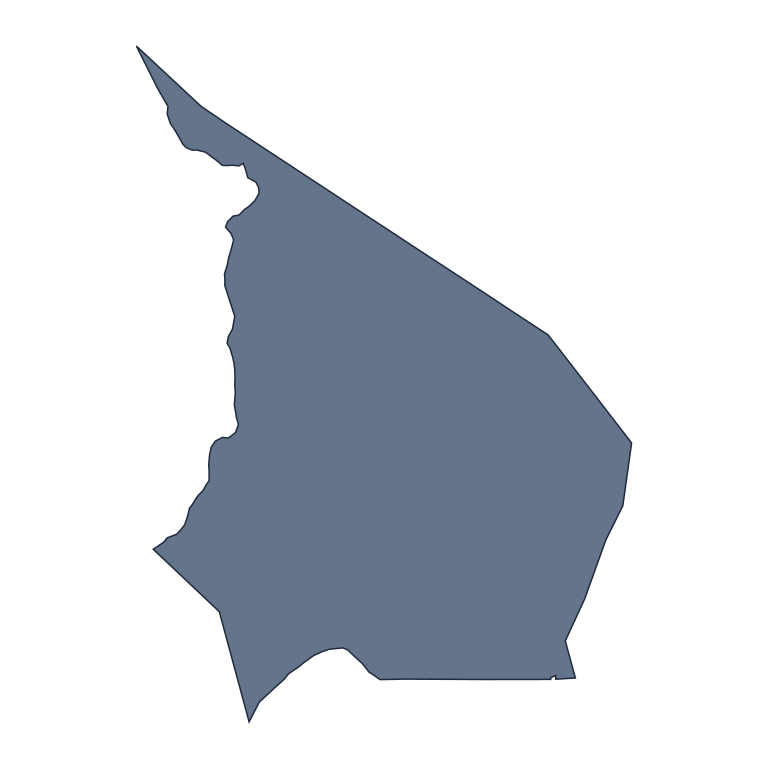 Santo Domingo Tonaltepec, Oaxaca, Mexico (Mercator projection)
{"feature_id": "50627088B70552877452577", "entity_name": "Santo Domingo Tonaltepec", "entity_type": "district", "adm_level": 2, "iso_a3": "MEX", "parent_name": "Mexico", "parent_adm1": "Oaxaca", "projection": "mercator", "projection_center": [-97.366, 17.615], "detail": "fine", "context": "isolated", "style": "filled", "palette": "slate", "viewbox_px": 768, "rotation_deg": 0, "n_neighbors": 0, "source": "geoboundaries", "source_scale": "gbopen_adm2", "svg_char_len": 1641}
<svg xmlns="http://www.w3.org/2000/svg" viewBox="0 0 768 768"><path d="M631.6,443.0L597.1,398.2L560.6,351.0L548.1,334.9L519.1,315.9L482.2,291.5L404.5,240.6L225.3,122.8L201.3,106.5L150.4,59.1L136.4,46.1L157.8,88.8L168.0,106.5L167.2,113.9L168.7,118.6L170.3,123.3L175.4,131.0L178.6,136.6L182.9,144.3L186.4,147.7L192.4,150.2L196.9,150.0L205.6,152.3L212.3,157.3L218.5,162.0L222.4,165.4L227.3,165.6L232.4,165.2L238.9,165.9L243.2,163.3L245.4,169.1L247.8,177.7L255.8,182.0L258.5,187.1L259.1,193.2L254.8,200.8L249.0,206.3L244.6,209.4L238.9,215.1L233.1,216.1L227.5,221.7L225.5,227.2L230.9,233.3L233.6,239.8L232.4,244.8L230.9,250.3L228.8,257.2L227.1,265.6L224.5,273.9L224.9,279.4L224.8,285.5L228.8,298.0L232.9,310.6L234.8,316.3L232.4,329.3L228.4,336.4L227.1,343.3L230.0,348.2L232.9,358.1L234.0,363.4L234.8,369.6L235.0,378.3L234.8,384.6L235.3,393.1L234.9,398.3L234.3,405.1L235.4,411.0L236.5,417.8L238.4,424.4L235.6,432.4L232.2,435.2L228.1,438.1L222.4,437.4L215.4,441.1L211.3,447.0L209.5,455.2L208.7,465.3L209.1,469.8L209.1,480.7L206.1,484.9L203.0,490.7L198.8,494.7L196.1,498.3L192.6,504.1L189.6,508.0L187.5,516.3L186.2,520.5L184.6,524.9L180.9,529.7L176.7,534.2L167.2,537.8L163.8,542.1L153.2,549.3L161.3,556.9L219.3,611.7L230.7,653.8L249.1,721.9L259.3,702.1L274.8,687.7L284.2,679.2L288.8,673.6L298.2,667.2L304.7,662.0L313.9,655.4L322.6,651.5L329.0,649.3L334.7,648.7L342.7,647.9L347.6,649.8L355.1,657.0L362.4,663.7L369.1,672.2L374.1,675.4L379.9,679.6L405.8,679.1L485.1,679.5L550.7,679.4L551.0,677.6L555.6,675.5L555.7,679.2L575.4,678.0L565.3,640.9L584.7,598.9L605.7,540.3L622.8,505.8L631.6,443.0Z" fill="#64748b" stroke="#1e293b" stroke-width="1.5"/></svg>